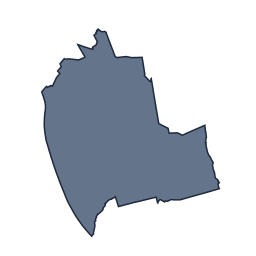 outline of Heusden, Noord-Brabant, Netherlands, rotated 262°
{"feature_id": "6326949B43873207843171", "entity_name": "Heusden", "entity_type": "district", "adm_level": 2, "iso_a3": "NLD", "parent_name": "Netherlands", "parent_adm1": "Noord-Brabant", "projection": "natural_earth1", "projection_center": [5.16, 51.689], "detail": "fine", "context": "isolated", "style": "filled", "palette": "slate", "viewbox_px": 256, "rotation_deg": 262, "n_neighbors": 0, "source": "geoboundaries", "source_scale": "gbopen_adm2", "svg_char_len": 5031}
<svg xmlns="http://www.w3.org/2000/svg" viewBox="0 0 256 256"><g transform="rotate(262 128 128)"><path d="M150.8,46.9L145.9,46.0L144.2,45.7L142.4,45.5L140.7,45.3L139.0,45.2L137.2,45.2L135.5,45.1L133.7,45.1L132.0,45.1L130.3,45.1L128.5,45.2L126.8,45.3L125.0,45.5L123.3,45.8L121.5,46.1L118.1,46.6L116.3,46.8L114.6,47.1L112.8,47.4L109.4,47.9L107.6,48.2L105.9,48.6L104.1,48.8L98.4,49.9L93.7,50.8L90.3,51.6L88.5,52.0L85.0,52.7L81.6,53.5L70.4,56.3L69.4,56.5L67.8,56.9L62.1,58.5L56.2,60.8L54.4,61.5L53.8,61.7L53.2,61.9L50.4,63.1L49.6,63.4L48.4,63.9L46.9,64.6L45.4,65.3L43.6,66.2L41.1,67.5L38.4,68.9L36.4,70.1L35.9,70.4L33.8,71.7L30.7,73.7L28.1,75.4L25.9,77.0L27.0,78.1L27.9,79.1L28.0,79.2L28.7,79.2L30.0,79.5L33.7,81.0L36.3,81.7L39.6,81.8L40.5,82.9L40.7,83.1L40.8,83.2L41.1,83.3L42.1,83.1L42.4,83.2L42.7,83.3L43.2,83.7L43.6,84.2L43.9,84.4L44.4,84.4L44.6,84.4L44.9,84.3L45.2,84.7L45.6,85.0L45.9,85.2L46.4,85.6L46.8,85.8L46.7,85.9L46.5,86.1L46.8,86.7L47.2,87.1L47.4,87.3L47.6,87.7L47.8,88.1L48.1,88.6L48.5,89.1L48.8,89.6L49.2,90.0L49.8,91.1L50.1,91.4L50.3,91.5L50.6,91.7L50.9,91.8L51.1,91.9L52.6,92.7L52.7,92.8L52.8,92.9L52.9,93.0L53.3,93.3L53.9,94.1L54.0,94.3L54.3,94.5L54.6,94.6L55.3,94.8L55.6,94.9L55.8,94.8L56.1,94.7L56.1,94.8L56.3,95.0L56.7,95.4L56.8,95.5L56.7,95.8L56.8,96.0L57.1,96.2L57.4,96.4L57.7,96.7L58.3,97.5L58.6,98.0L58.8,98.2L59.3,99.0L59.4,99.4L59.8,100.4L59.9,100.6L60.0,100.8L60.0,101.0L60.0,101.3L59.9,101.5L59.8,101.8L60.0,102.1L60.3,102.3L60.4,102.5L60.4,103.0L60.5,103.4L60.7,103.7L60.7,104.0L61.1,104.7L61.3,105.1L61.4,105.3L61.5,105.5L61.7,105.9L51.5,107.6L52.0,112.0L52.4,114.7L52.6,116.9L52.8,118.7L53.2,121.8L53.4,123.2L53.5,125.1L55.6,146.3L50.1,146.8L49.9,147.0L49.7,147.1L50.2,147.4L51.3,148.0L52.8,149.9L49.7,153.8L49.9,154.2L50.6,154.6L50.3,155.8L49.9,156.5L50.2,158.0L50.6,159.2L51.1,160.1L50.9,161.6L50.8,162.1L50.5,163.3L50.0,166.6L49.8,168.5L49.7,168.7L49.7,170.3L49.8,170.9L54.0,201.8L55.2,210.0L57.0,209.5L60.1,209.3L61.2,210.9L61.4,210.8L61.6,210.5L62.7,209.7L63.0,210.0L64.3,209.5L64.5,209.4L64.7,209.2L64.8,209.1L65.6,208.2L65.8,208.0L66.0,207.9L66.3,207.7L66.8,207.5L67.3,207.5L67.8,207.4L68.0,207.4L68.7,207.4L69.0,207.4L69.6,207.4L69.8,207.5L70.0,207.5L72.2,207.4L72.4,207.4L72.5,207.4L73.6,207.0L74.5,206.8L75.1,206.6L75.4,206.6L75.5,206.6L75.9,206.6L78.1,206.6L79.6,206.6L79.9,206.6L80.1,206.6L80.3,206.6L80.5,206.7L81.5,207.4L81.6,207.5L81.8,207.5L82.0,207.5L82.1,207.4L83.0,207.1L83.9,206.7L85.0,206.2L85.3,206.1L85.7,206.0L86.0,205.9L87.2,205.7L87.3,205.6L87.5,205.6L87.9,205.3L88.2,205.2L88.3,205.1L88.7,204.9L88.9,204.8L89.0,204.7L89.5,204.4L90.1,204.1L90.6,204.0L91.1,203.9L92.1,203.6L92.9,203.4L93.1,203.4L93.5,203.3L94.4,203.2L95.3,203.2L95.7,203.1L96.4,203.1L97.3,203.0L97.7,203.0L98.2,203.0L98.9,202.9L99.0,202.9L99.3,202.9L100.6,202.9L101.0,202.9L101.6,202.9L101.8,203.0L101.7,202.7L102.6,202.8L103.3,202.9L103.7,203.0L106.1,203.6L106.3,203.6L107.6,204.3L109.3,204.4L113.8,204.5L114.0,204.3L114.1,204.2L114.4,204.2L115.6,204.3L120.0,204.5L115.7,189.1L113.3,180.8L116.3,176.4L117.2,167.9L122.1,167.7L126.9,160.7L128.1,159.1L134.4,158.9L136.0,158.9L137.7,158.8L144.6,158.6L145.0,158.6L148.3,158.5L160.5,158.2L162.2,158.2L162.8,158.2L172.7,157.9L173.8,157.9L173.6,157.6L173.3,157.5L172.0,157.4L171.8,157.2L170.8,156.8L170.8,156.7L171.0,156.3L171.1,156.2L175.8,152.8L177.4,151.6L177.6,151.5L177.8,151.7L178.0,151.8L178.5,152.0L178.8,152.1L179.1,152.1L188.1,152.0L192.2,151.9L194.3,151.8L196.0,151.8L196.4,148.2L196.7,145.2L196.8,144.9L197.1,141.9L197.1,141.7L199.0,136.2L199.1,133.6L199.3,127.3L199.3,127.2L199.5,126.7L199.4,126.7L199.6,126.3L199.8,125.9L200.0,125.7L200.3,125.5L200.5,125.4L202.6,124.7L203.4,124.5L204.6,124.3L212.0,122.6L214.0,122.1L216.7,121.5L217.7,121.3L218.4,121.1L219.8,120.8L223.1,120.1L223.4,120.0L223.5,119.9L224.1,119.8L224.3,119.7L224.6,119.7L224.9,119.7L225.4,119.8L226.1,119.4L226.9,118.3L226.9,115.8L226.9,115.7L227.2,115.1L228.0,114.1L228.7,113.5L229.0,113.2L229.3,112.9L230.0,112.4L230.1,112.2L229.3,111.1L228.7,110.5L228.2,111.1L228.1,110.9L227.1,109.6L226.9,109.5L226.7,109.5L226.0,109.7L225.3,108.2L225.2,108.1L224.7,107.4L224.6,107.2L218.3,109.4L218.0,109.6L217.5,109.8L216.7,109.0L216.5,108.8L216.2,108.7L215.9,108.6L215.2,108.3L214.9,108.3L212.9,104.1L211.6,104.3L211.3,104.3L211.0,104.2L211.2,103.1L211.4,102.5L211.6,101.9L211.7,101.7L215.6,93.7L216.1,92.9L217.6,89.9L217.2,90.0L216.7,90.2L213.5,91.5L205.6,94.8L204.1,95.1L203.1,91.9L202.8,91.3L202.8,91.2L202.7,91.1L202.9,91.0L202.3,88.7L203.1,85.4L204.7,79.1L204.9,75.0L205.0,74.5L205.4,74.4L203.2,71.9L201.1,69.6L197.9,70.4L196.6,68.9L195.5,67.7L194.2,66.2L191.8,67.7L191.3,68.1L187.9,64.2L180.1,59.1L180.3,58.8L180.6,58.6L180.1,56.9L180.6,56.8L179.4,53.9L180.5,53.3L179.6,51.8L175.8,47.6L173.1,48.1L171.3,48.5L169.4,48.8L168.0,49.0L166.5,49.2L165.9,49.3L165.5,49.3L164.7,49.4L164.0,49.4L163.5,49.4L162.7,49.4L161.6,49.4L161.1,49.3L160.1,49.2L159.3,49.0L157.6,48.7L156.9,48.5L156.5,48.4L154.3,47.7L153.6,47.6L152.9,47.4L150.8,46.9Z" fill="#64748b" stroke="#1e293b" stroke-width="1.5"/></g></svg>